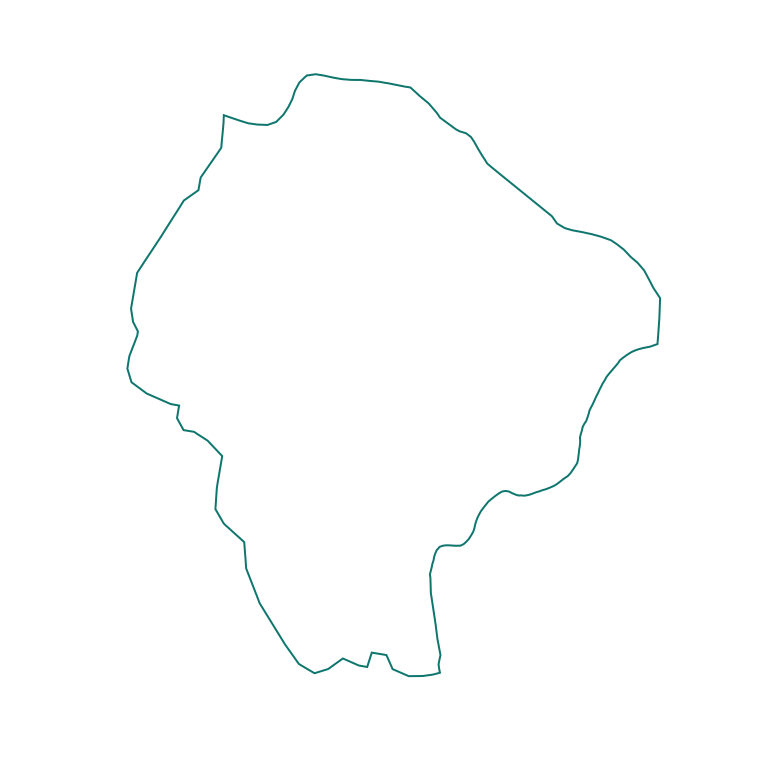 the district of Sa'fan, Sana'a, Yemen, rotated 190°
{"feature_id": "15242507B56189599867675", "entity_name": "Sa'fan", "entity_type": "district", "adm_level": 2, "iso_a3": "YEM", "parent_name": "Yemen", "parent_adm1": "Sana'a", "projection": "albers", "projection_center": [43.578, 15.072], "detail": "fine", "context": "isolated", "style": "outline", "palette": "teal", "viewbox_px": 768, "rotation_deg": 190, "n_neighbors": 0, "source": "geoboundaries", "source_scale": "gbopen_adm2", "svg_char_len": 3606}
<svg xmlns="http://www.w3.org/2000/svg" viewBox="0 0 768 768"><g transform="rotate(190 384 384)"><path d="M588.4,620.9L587.8,616.2L587.4,613.5L587.2,611.2L587.0,608.9L586.5,603.0L585.6,591.5L585.4,589.9L585.3,588.3L600.4,555.5L600.4,542.7L613.0,529.9L615.9,522.7L620.6,511.4L624.8,501.2L629.7,489.2L632.3,483.3L632.8,482.2L632.9,481.8L641.0,463.3L646.4,450.6L646.3,431.2L646.2,414.3L641.9,401.6L635.5,393.1L635.4,388.8L635.7,387.3L636.0,385.9L636.6,382.6L639.6,367.4L639.6,365.2L639.4,354.6L633.0,341.9L629.0,339.9L616.0,333.4L613.1,332.7L612.3,332.5L590.5,327.2L582.0,327.2L582.0,323.0L581.9,314.4L573.4,303.8L562.7,303.9L557.5,301.6L556.5,301.2L547.9,297.6L530.8,284.9L530.8,284.6L530.7,264.8L530.7,259.3L530.6,252.8L528.3,231.5L517.6,218.8L514.8,216.9L512.8,215.7L494.2,204.0L490.0,187.6L487.7,178.4L487.4,177.9L473.8,155.5L473.0,154.2L468.4,146.5L459.6,136.6L436.3,110.4L419.2,93.5L411.6,90.6L402.2,87.1L389.5,93.6L376.9,106.5L376.7,106.5L359.9,102.4L351.4,102.4L349.4,117.3L344.0,117.4L334.6,117.5L332.6,114.6L326.0,104.7L309.0,100.6L301.8,101.9L295.0,103.2L285.4,106.3L278.7,109.4L279.4,110.9L280.6,114.2L281.6,117.5L281.5,122.4L281.3,126.8L287.1,142.2L289.8,150.9L290.7,153.9L294.2,164.5L301.6,186.4L302.6,191.4L304.7,201.4L305.7,204.4L305.5,207.8L305.2,211.7L305.1,215.6L304.6,218.9L304.6,222.7L304.0,226.3L303.2,229.7L302.4,230.8L301.0,233.2L298.1,234.9L294.6,236.0L291.2,236.5L287.3,236.9L283.9,237.4L282.2,237.8L280.7,238.0L279.5,238.9L277.7,240.2L275.5,243.1L273.5,246.2L273.4,246.4L271.9,250.1L270.4,254.2L269.9,258.0L269.8,261.9L269.3,265.3L268.7,268.7L267.7,272.0L266.5,275.5L264.7,279.1L263.8,280.8L262.5,283.2L260.8,286.3L257.8,289.9L255.3,292.7L251.9,296.2L248.9,298.7L245.6,299.8L242.2,299.8L239.0,298.8L235.6,298.0L233.8,297.7L231.7,297.6L230.3,298.0L226.4,298.4L224.8,298.9L221.4,300.3L218.4,302.0L215.7,303.6L215.4,303.8L212.3,305.3L209.4,307.0L206.1,308.6L204.5,309.6L203.3,310.3L200.4,312.2L197.7,314.2L194.8,317.1L192.5,319.7L190.0,322.4L188.5,323.9L188.2,324.1L187.0,325.3L184.8,328.7L183.3,332.0L181.5,336.1L180.0,339.6L179.8,343.4L180.0,346.8L180.2,350.5L180.4,353.8L180.4,357.2L180.8,361.5L181.7,365.2L181.5,368.8L181.0,372.7L180.9,376.2L179.8,379.6L178.4,382.8L177.8,386.3L177.3,390.1L177.0,393.7L176.0,397.1L174.8,400.8L174.4,402.4L173.8,404.7L172.9,408.3L171.7,412.1L170.7,416.0L169.7,419.2L168.7,422.6L167.2,426.2L166.2,429.4L164.6,432.4L163.1,435.1L162.9,435.3L160.9,438.8L159.2,441.6L157.1,445.2L155.8,448.3L153.2,451.3L150.4,454.2L147.5,457.0L144.8,459.2L144.1,459.6L141.8,461.1L138.6,462.8L134.9,464.5L131.7,465.7L128.2,467.1L125.4,468.7L121.6,470.8L122.1,475.7L122.8,482.9L124.3,496.9L127.0,516.5L135.5,525.5L140.8,532.5L147.6,541.1L155.3,547.4L163.4,552.2L171.0,557.9L179.3,562.3L185.5,565.0L193.2,566.3L196.4,566.8L205.1,567.6L214.8,568.0L225.4,568.1L233.0,568.9L241.5,572.1L247.8,578.4L309.4,612.6L315.6,616.1L320.6,619.0L323.8,622.6L327.3,626.3L332.4,632.2L337.2,638.1L341.2,642.3L346.8,645.2L353.5,646.0L357.4,647.3L364.9,651.0L375.0,656.0L379.1,660.2L388.6,668.0L398.8,673.8L409.5,680.6L415.2,680.5L415.8,680.5L424.1,680.7L433.2,680.9L433.9,680.8L441.8,680.8L450.7,680.0L459.6,679.4L463.8,678.7L468.5,677.9L470.2,677.7L471.1,677.6L472.2,677.5L477.5,677.0L480.8,676.9L484.9,676.9L486.6,676.9L494.1,677.2L495.7,677.3L497.6,677.3L505.0,677.2L505.8,677.0L507.5,676.4L513.6,674.4L515.2,672.4L519.7,666.3L522.6,657.2L523.8,648.5L526.3,640.1L528.8,634.2L529.8,631.8L533.7,626.2L535.1,624.2L535.5,623.5L543.9,618.8L545.0,618.7L545.8,618.6L553.8,617.5L563.1,617.2L564.7,617.4L571.8,618.3L580.9,619.7L588.4,620.9Z" fill="none" stroke="#0f766e" stroke-width="2"/></g></svg>